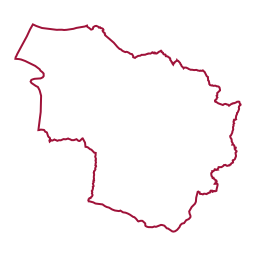 the district of Mork, Xiangkhoang, Laos
{"feature_id": "54806243B65715905336268", "entity_name": "Mork", "entity_type": "district", "adm_level": 2, "iso_a3": "LAO", "parent_name": "Laos", "parent_adm1": "Xiangkhoang", "projection": "orthographic", "projection_center": [104.08, 19.054], "detail": "fine", "context": "isolated", "style": "outline", "palette": "rose", "viewbox_px": 256, "rotation_deg": 0, "n_neighbors": 0, "source": "geoboundaries", "source_scale": "gbopen_adm2", "svg_char_len": 5761}
<svg xmlns="http://www.w3.org/2000/svg" viewBox="0 0 256 256"><path d="M154.4,226.5L155.8,226.8L156.4,226.7L161.0,224.9L162.5,225.1L164.4,225.7L166.6,228.1L167.0,228.4L168.0,228.5L172.3,231.4L173.6,231.6L175.2,231.2L177.2,229.8L179.5,227.1L180.2,225.4L181.3,224.2L182.1,223.6L184.1,223.1L186.2,220.2L188.7,219.1L190.2,217.5L190.5,216.9L190.4,215.5L189.6,213.7L189.2,211.4L191.7,207.0L195.0,203.7L195.9,201.7L196.2,197.7L197.7,191.8L198.4,191.6L198.8,192.1L199.6,192.3L199.7,193.4L200.0,193.9L201.7,194.0L202.9,194.4L203.7,193.8L204.6,193.7L206.7,194.1L207.5,193.3L208.3,193.2L208.9,192.7L209.7,192.7L210.0,192.5L210.3,191.2L210.7,190.7L212.1,190.7L212.2,190.9L212.3,191.8L212.5,191.9L213.5,191.3L213.7,191.0L214.4,191.0L214.9,191.3L216.1,191.0L216.5,190.7L216.5,189.8L217.5,185.5L217.6,184.2L217.3,183.8L216.9,183.7L214.7,183.8L214.8,183.5L215.5,183.1L216.6,181.9L216.7,181.4L216.4,180.7L215.6,180.7L215.6,180.0L214.3,179.2L213.6,177.9L213.0,178.2L212.6,178.1L212.1,176.5L211.5,175.9L211.2,173.6L211.4,172.9L212.2,172.2L212.2,171.1L213.4,171.1L213.7,170.9L214.5,170.1L214.6,169.4L214.9,169.2L216.0,170.0L217.7,169.7L217.3,169.2L218.4,168.0L218.6,167.1L221.5,167.1L223.1,166.1L224.1,165.0L224.7,165.1L225.6,164.9L226.5,165.7L227.1,165.8L227.9,165.8L228.5,165.3L229.5,165.4L229.9,164.7L230.6,164.6L231.3,163.4L232.9,162.6L233.1,162.1L232.7,160.6L232.8,160.3L234.1,159.8L234.8,159.2L235.2,158.4L235.4,157.4L235.9,156.7L236.0,155.8L235.5,152.9L236.5,151.7L236.6,151.2L235.8,150.5L234.7,148.9L235.8,147.9L235.8,147.6L234.8,147.4L234.5,147.1L234.3,145.7L233.7,144.9L233.3,144.6L232.4,144.6L232.8,143.7L232.7,143.2L231.7,141.5L231.7,140.0L231.5,139.5L231.5,139.1L230.5,137.6L230.2,136.5L230.3,135.8L231.0,135.3L232.3,132.6L232.4,131.5L233.2,129.5L233.0,127.0L233.6,125.8L233.4,124.5L234.2,123.3L233.7,122.7L233.5,121.8L233.9,121.2L233.8,120.2L234.1,119.7L235.0,119.9L236.1,119.3L235.8,118.7L236.1,116.2L236.3,115.4L236.9,114.5L237.0,113.0L237.4,112.8L237.9,112.0L239.0,109.3L239.1,108.6L238.8,107.7L239.0,106.6L239.9,105.1L240.4,105.1L240.6,104.8L240.5,104.3L239.7,103.4L239.3,101.8L238.5,101.6L237.0,101.8L236.6,102.2L234.3,103.2L233.8,103.1L233.3,103.4L232.4,103.4L232.0,103.9L231.0,104.2L229.0,105.7L227.9,104.6L226.9,104.5L226.2,104.1L225.2,103.9L223.9,104.3L222.9,105.0L218.2,103.3L216.2,101.9L215.5,101.9L215.1,101.5L215.0,100.4L216.5,99.2L216.6,98.3L217.4,97.5L216.6,95.8L217.3,95.1L217.2,93.1L220.0,90.4L220.0,89.8L219.5,87.5L218.6,86.6L217.5,86.3L216.7,86.3L215.6,85.7L213.1,85.8L212.3,85.3L211.6,85.5L210.1,85.1L209.2,83.9L209.3,83.2L208.9,81.6L208.9,81.1L208.1,80.4L208.1,79.2L207.9,78.0L208.0,77.1L206.7,76.1L204.7,72.1L204.0,71.4L203.3,71.1L202.9,70.4L202.6,70.4L201.7,70.8L200.9,70.8L200.4,70.6L199.8,70.9L198.8,70.6L198.0,70.6L197.5,70.3L196.3,69.9L194.1,70.1L191.9,69.7L190.8,69.8L188.5,68.9L188.1,68.5L186.1,67.6L184.4,67.6L183.6,68.3L183.4,67.8L181.7,66.2L181.3,65.5L181.1,64.7L180.6,64.3L180.1,63.0L178.2,60.9L177.3,60.9L176.9,60.2L176.7,60.7L174.8,62.1L174.5,62.8L173.7,63.5L173.2,64.6L172.3,63.4L172.5,62.5L171.5,61.9L170.8,60.4L170.2,59.9L170.2,58.6L169.7,58.2L169.6,57.7L168.6,57.3L167.6,56.4L165.8,56.2L165.7,55.9L165.9,55.7L165.4,54.6L163.7,54.3L163.1,53.5L163.0,52.8L161.8,52.2L161.7,51.4L161.0,50.7L160.3,51.1L159.9,51.5L159.1,51.7L158.2,52.3L157.6,53.0L156.7,53.5L156.3,53.3L155.9,53.5L155.1,52.7L154.4,52.5L153.7,52.7L153.7,53.2L153.2,53.0L153.0,52.6L152.3,52.3L151.6,53.0L150.5,53.6L148.3,53.5L147.8,53.9L147.5,53.8L144.9,54.8L144.1,54.7L143.0,54.9L141.7,54.8L140.2,55.7L138.2,55.9L135.5,57.4L135.0,57.9L133.2,57.2L133.2,56.1L132.1,54.2L130.1,53.7L128.8,52.7L127.3,52.0L126.4,51.8L125.3,52.1L123.4,51.3L122.3,50.7L120.9,49.4L119.5,48.9L117.4,46.9L113.8,42.7L105.3,35.4L105.0,35.0L105.1,34.1L104.5,33.6L104.6,32.9L103.2,31.9L102.6,30.8L103.5,29.9L102.9,28.8L101.5,28.1L100.7,28.1L100.0,27.3L99.1,27.7L98.5,26.9L96.4,25.9L95.2,26.0L93.4,27.0L93.0,28.0L92.9,28.8L92.4,29.2L91.1,29.6L89.0,27.9L87.3,26.8L87.0,25.6L84.8,26.5L76.5,27.9L73.5,28.8L66.7,29.8L64.1,30.0L61.7,29.7L56.5,29.8L42.0,28.0L36.3,26.0L32.9,24.4L30.1,29.3L26.9,36.2L17.1,54.3L16.4,56.0L15.7,57.1L15.4,58.8L19.1,59.1L21.1,59.5L25.2,61.0L35.2,65.9L39.6,69.2L40.5,70.7L42.4,72.2L43.6,73.5L43.7,76.0L42.8,77.3L40.6,78.4L34.7,78.8L33.2,79.2L31.4,79.9L30.6,81.6L31.5,83.0L35.9,86.0L37.9,87.0L39.6,90.3L41.1,95.8L40.7,112.0L38.4,130.1L39.6,130.0L40.8,129.6L43.7,129.9L44.2,130.1L45.2,131.7L46.2,132.1L46.9,132.5L48.1,136.2L48.8,137.2L49.5,137.5L50.0,138.3L50.0,139.1L49.4,140.6L49.7,141.6L51.3,140.2L51.8,140.5L52.6,140.5L54.4,139.5L55.3,140.0L55.7,140.0L57.3,140.8L59.0,140.2L60.8,140.3L63.5,139.1L65.5,139.3L66.5,139.1L68.1,138.5L69.0,139.0L70.1,139.3L71.6,140.1L73.9,140.1L76.5,139.2L78.4,140.8L79.4,141.0L79.9,140.8L82.4,138.4L82.7,138.4L85.0,142.6L85.5,146.8L87.6,147.2L90.1,149.2L91.4,149.7L94.3,152.7L95.7,152.9L95.6,155.3L95.2,156.7L96.0,159.0L95.5,160.2L95.8,160.5L95.7,161.5L96.0,162.5L95.6,163.4L95.6,164.4L95.4,165.3L95.9,165.6L96.1,166.3L95.5,167.3L95.2,168.3L95.4,169.5L94.5,170.9L94.0,171.3L94.0,172.2L93.7,172.8L94.1,173.9L94.1,175.3L93.9,175.8L93.8,177.3L94.0,178.6L93.7,179.7L94.1,180.2L94.1,180.6L93.3,181.2L93.7,182.2L92.9,183.5L93.6,186.0L93.5,186.3L92.8,186.8L93.0,188.0L92.8,189.0L92.5,190.1L91.8,191.0L92.3,192.2L91.9,193.4L92.5,194.7L92.5,195.4L91.9,196.5L91.0,197.2L90.6,198.1L89.5,198.1L89.1,198.8L88.6,199.2L88.2,201.2L87.9,201.3L89.7,201.4L93.4,202.4L95.2,203.4L96.0,203.6L102.5,204.4L104.9,206.1L106.7,207.0L109.0,207.6L112.2,209.5L114.9,210.5L119.0,211.1L120.4,210.6L123.0,212.3L125.6,212.7L127.7,213.5L130.0,214.7L133.2,216.9L134.4,217.2L136.1,218.8L138.0,221.2L138.4,221.4L140.6,220.8L142.1,220.8L142.6,221.0L145.2,223.4L145.3,225.4L145.6,226.0L146.9,226.7L148.4,227.1L152.5,227.2L154.4,226.5Z" fill="none" stroke="#9f1239" stroke-width="2"/></svg>